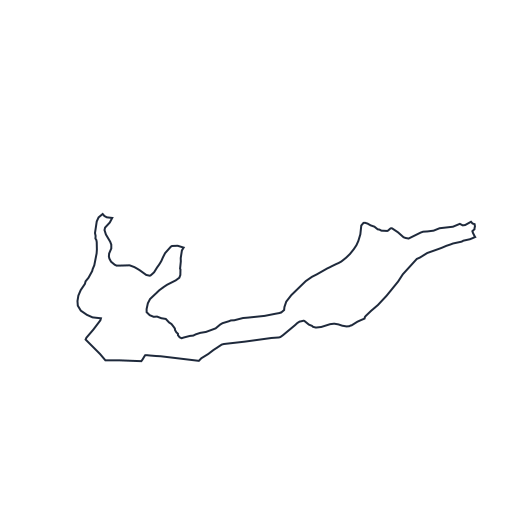 Nahualá, Sololá, Guatemala, rotated 227°
{"feature_id": "79465075B99753253329912", "entity_name": "Nahualá", "entity_type": "district", "adm_level": 2, "iso_a3": "GTM", "parent_name": "Guatemala", "parent_adm1": "Sololá", "projection": "equal_earth", "projection_center": [-91.386, 14.735], "detail": "fine", "context": "isolated", "style": "outline", "palette": "slate", "viewbox_px": 512, "rotation_deg": 227, "n_neighbors": 0, "source": "geoboundaries", "source_scale": "gbopen_adm2", "svg_char_len": 3152}
<svg xmlns="http://www.w3.org/2000/svg" viewBox="0 0 512 512"><g transform="rotate(227 256 256)"><path d="M180.8,217.2L180.1,218.6L179.7,221.7L178.8,237.4L178.8,240.5L178.3,243.2L177.8,243.9L176.2,246.7L175.5,247.1L169.7,247.9L166.7,249.3L165.3,249.4L162.8,251.0L159.6,255.3L158.3,258.0L155.6,263.7L153.2,267.0L149.8,269.6L146.1,271.6L145.5,272.1L142.7,274.2L141.0,276.4L140.6,277.9L140.1,278.5L138.8,285.3L137.6,288.9L136.2,292.7L137.1,294.0L137.3,295.3L137.4,303.0L137.0,311.7L137.9,324.5L140.4,342.5L142.5,350.9L144.2,371.6L143.1,374.7L141.4,383.3L138.4,390.2L136.5,394.6L135.7,396.5L135.1,398.0L133.6,402.2L131.8,406.1L130.8,408.6L126.6,415.6L126.2,416.4L126.0,417.2L125.8,418.1L124.6,420.1L122.3,424.0L122.1,424.6L121.7,425.6L120.7,428.4L120.4,429.2L121.4,429.4L124.9,430.4L126.6,431.2L126.6,434.1L127.4,434.9L128.3,436.3L130.2,437.6L132.1,436.5L134.4,436.6L136.0,430.1L137.4,428.1L140.5,427.0L143.1,420.0L151.1,409.2L153.4,403.2L157.0,398.2L159.8,394.8L160.8,392.5L164.7,379.5L167.3,377.6L169.1,376.7L176.5,376.0L183.3,374.4L183.8,374.1L184.3,373.5L184.5,372.5L184.5,371.5L184.5,370.1L184.8,369.1L189.0,365.0L191.1,364.3L192.5,363.2L196.7,362.6L200.3,360.7L203.6,359.7L205.9,358.4L206.9,357.2L206.5,353.8L200.7,347.1L197.2,341.1L195.4,336.8L194.3,332.2L193.4,326.1L193.3,320.8L193.7,315.5L193.9,314.0L194.3,312.6L194.5,311.7L195.4,309.2L196.9,304.3L197.3,302.8L197.6,301.8L198.3,299.7L201.1,287.9L202.6,282.8L203.7,275.3L203.3,255.1L202.0,247.0L199.3,242.0L197.3,239.7L197.5,235.8L198.0,235.3L198.0,234.7L200.4,231.0L206.3,221.5L216.5,208.0L219.5,204.2L221.3,200.9L223.8,196.3L226.0,193.7L226.8,191.6L229.7,185.7L230.3,183.0L230.6,177.1L234.6,167.6L237.8,162.8L239.8,158.5L240.6,155.8L242.6,153.2L245.7,147.5L246.6,145.5L248.6,144.7L251.3,144.9L252.4,145.9L254.5,145.7L257.1,146.3L258.3,147.2L260.6,147.5L263.9,147.8L266.7,147.1L271.5,147.1L275.1,144.3L279.2,142.3L281.3,139.7L285.2,137.9L289.5,137.7L291.8,139.8L295.2,144.7L296.8,149.2L296.9,162.1L296.3,167.2L295.6,171.4L292.9,180.7L292.4,185.1L293.7,187.7L297.7,191.6L298.5,191.8L303.3,197.3L305.8,199.5L310.6,205.6L311.5,208.8L316.9,205.7L320.6,201.4L320.9,200.1L320.1,191.5L318.7,187.6L318.1,186.1L317.0,183.6L316.3,181.3L315.7,179.0L315.1,175.9L313.6,170.4L313.6,168.1L313.7,165.6L314.1,164.8L317.0,162.8L325.1,161.2L327.9,160.4L330.8,159.5L335.4,157.2L340.3,151.6L344.0,147.5L346.0,146.7L350.7,146.1L354.1,147.0L356.0,148.1L358.0,150.3L360.2,155.3L363.0,157.9L365.9,159.1L374.1,160.9L378.3,162.9L379.7,165.0L380.2,171.9L381.9,176.8L386.0,173.3L388.6,172.4L391.3,172.5L391.6,167.2L389.9,163.1L382.6,153.9L380.1,152.4L378.3,150.5L376.5,150.1L374.8,149.0L369.2,144.0L366.6,141.2L359.5,131.4L357.8,127.6L356.7,125.9L354.3,118.6L353.7,114.1L352.3,111.9L350.6,104.5L348.2,99.1L344.8,94.7L341.2,91.8L335.5,90.6L328.3,92.2L322.6,94.6L316.2,100.1L315.1,98.3L313.1,86.8L311.9,76.2L311.1,74.4L290.6,75.1L282.4,74.7L272.6,85.2L260.6,97.1L257.3,100.4L257.7,102.5L258.7,105.9L259.0,107.3L257.6,108.8L255.3,110.8L250.9,114.8L247.7,117.9L218.3,142.7L218.5,146.3L216.9,154.2L216.3,160.5L214.6,170.5L213.6,172.4L201.0,189.4L185.5,211.4L180.8,217.2Z" fill="none" stroke="#1e293b" stroke-width="2"/></g></svg>